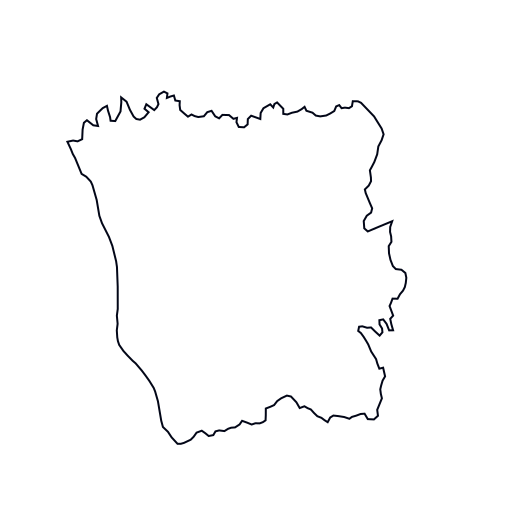 Ribamar Fiquene, Maranhão, Brazil, rotated 344°
{"feature_id": "56859067B76896659935241", "entity_name": "Ribamar Fiquene", "entity_type": "district", "adm_level": 2, "iso_a3": "BRA", "parent_name": "Brazil", "parent_adm1": "Maranhão", "projection": "natural_earth1", "projection_center": [-47.299, -5.958], "detail": "fine", "context": "isolated", "style": "outline", "palette": "ink", "viewbox_px": 512, "rotation_deg": 344, "n_neighbors": 0, "source": "geoboundaries", "source_scale": "gbopen_adm2", "svg_char_len": 3324}
<svg xmlns="http://www.w3.org/2000/svg" viewBox="0 0 512 512"><g transform="rotate(344 256 256)"><path d="M111.0,129.0L114.7,133.0L117.7,138.9L118.3,142.9L118.3,158.2L116.5,174.2L117.0,182.0L119.9,197.1L120.7,206.7L120.1,222.5L119.3,228.3L114.6,247.4L108.5,268.8L105.8,275.0L104.3,283.0L101.7,289.1L100.2,296.0L99.8,299.8L100.0,303.8L102.4,310.8L105.1,316.3L108.6,322.8L110.7,326.0L114.6,334.6L116.8,340.3L119.0,346.5L121.3,354.6L121.7,358.4L121.7,368.6L119.5,388.2L119.4,394.7L122.9,400.7L124.9,407.1L128.8,414.9L131.9,415.8L135.2,415.8L142.6,414.6L146.2,412.6L150.2,409.4L155.7,409.0L158.5,412.5L160.9,416.0L165.6,416.4L168.7,413.4L172.5,413.5L177.4,415.6L181.6,414.4L184.8,414.2L188.6,415.0L193.8,413.4L197.2,410.6L201.6,413.8L205.4,416.8L209.3,416.6L213.4,417.9L216.9,417.6L219.9,416.6L221.5,411.8L223.4,405.3L228.2,404.9L232.3,404.3L236.4,401.3L241.0,399.7L247.2,398.7L250.9,400.7L254.5,407.7L256.1,414.2L261.1,413.8L263.8,416.6L266.4,418.6L268.5,422.9L270.8,426.9L274.3,429.6L276.6,432.7L279.1,435.5L282.8,431.7L286.4,430.7L290.8,432.5L296.4,435.1L300.9,438.2L303.9,437.1L308.2,437.1L313.0,436.7L316.9,437.5L318.5,443.6L324.3,445.6L329.2,443.2L330.1,437.3L337.8,427.5L338.0,423.0L338.7,418.4L340.6,415.0L343.4,410.6L346.9,407.3L347.4,398.4L343.5,398.3L343.0,392.8L343.0,388.2L340.4,379.6L339.5,371.9L338.5,368.0L337.2,363.4L335.6,359.0L333.6,356.2L335.6,352.4L338.8,352.9L343.0,355.6L346.9,356.4L349.7,361.4L352.9,366.6L356.5,364.2L357.2,360.4L355.9,355.8L356.9,351.7L360.8,352.0L362.8,357.2L363.5,364.2L367.3,365.2L367.3,358.7L367.7,353.4L371.4,351.1L370.9,344.7L370.6,340.9L372.8,338.3L375.5,334.6L380.3,336.1L383.9,332.4L387.8,329.8L390.5,326.9L392.5,323.3L394.5,318.4L394.9,313.5L392.0,309.3L386.8,307.1L384.8,303.4L384.2,296.8L384.6,290.1L386.3,283.1L390.1,279.7L391.3,274.4L391.5,269.8L393.0,265.1L396.5,260.1L382.6,261.7L370.2,263.2L367.7,259.3L369.2,252.1L373.6,247.8L378.6,246.0L380.8,242.2L380.0,236.2L378.8,225.7L379.0,222.0L383.8,219.4L387.2,215.8L388.1,212.2L389.1,205.0L391.8,202.3L395.6,198.3L400.5,191.7L403.8,184.4L408.6,179.4L412.2,174.2L411.9,168.1L409.0,158.0L408.0,154.4L399.2,137.7L396.6,135.4L391.7,133.9L389.5,138.5L386.1,139.5L382.4,137.9L379.0,137.5L377.6,133.9L374.3,134.3L371.2,138.2L366.5,139.5L362.2,140.3L356.2,139.5L352.2,137.5L349.8,133.8L344.5,130.3L343.8,126.0L340.4,127.4L335.6,128.6L330.0,128.2L325.2,128.6L321.4,126.9L322.8,122.0L320.9,118.5L318.6,114.2L315.6,115.0L313.5,118.0L311.5,114.1L307.5,115.1L303.9,116.0L299.9,119.8L297.9,125.5L293.9,122.6L290.0,119.8L285.9,122.1L284.2,127.2L280.0,129.0L275.0,127.2L274.1,122.0L275.8,118.0L272.1,117.9L268.9,113.1L262.6,111.1L258.5,113.5L255.3,110.5L253.3,104.2L248.8,104.3L244.4,107.3L238.8,106.5L235.6,104.6L233.0,102.2L229.0,103.3L226.4,99.4L223.4,94.7L224.1,90.0L225.4,86.2L221.3,84.3L221.3,79.1L217.7,79.1L213.9,79.5L215.7,75.3L212.8,72.6L207.5,73.9L204.2,76.7L204.1,83.1L201.8,85.7L198.4,87.7L192.4,79.9L189.4,83.7L192.4,88.2L186.9,91.9L182.1,93.0L178.7,91.3L176.8,88.2L175.1,80.7L174.1,72.0L170.1,66.4L168.9,71.1L165.6,79.7L157.9,87.5L153.5,85.9L154.0,82.3L153.8,75.4L154.1,70.6L149.4,71.6L146.4,73.2L142.4,75.4L140.1,80.3L140.0,87.5L135.6,85.5L130.9,78.9L127.3,80.5L124.2,86.6L121.1,95.8L116.1,96.6L112.0,94.6L106.2,94.2L107.5,102.3L108.0,107.4L109.1,111.9L111.0,129.0Z" fill="none" stroke="#020617" stroke-width="2"/></g></svg>